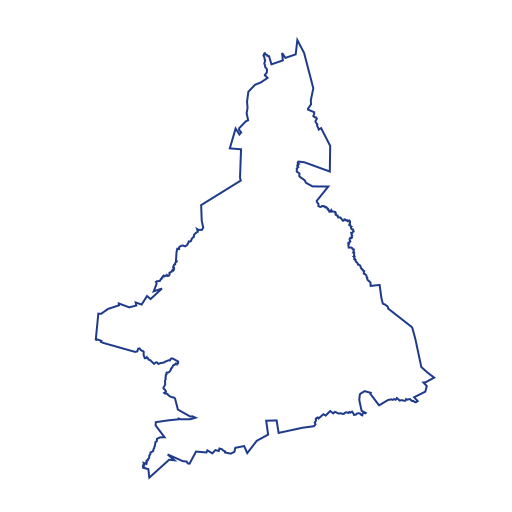 the district of San Dimas, Durango, Mexico, rotated 175°
{"feature_id": "50627088B11523678727998", "entity_name": "San Dimas", "entity_type": "district", "adm_level": 2, "iso_a3": "MEX", "parent_name": "Mexico", "parent_adm1": "Durango", "projection": "orthographic", "projection_center": [-105.745, 24.115], "detail": "fine", "context": "isolated", "style": "outline", "palette": "blue", "viewbox_px": 512, "rotation_deg": 175, "n_neighbors": 0, "source": "geoboundaries", "source_scale": "gbopen_adm2", "svg_char_len": 6049}
<svg xmlns="http://www.w3.org/2000/svg" viewBox="0 0 512 512"><g transform="rotate(175 256 256)"><path d="M107.2,171.8L128.7,191.9L129.0,192.3L128.9,193.3L129.7,194.8L131.0,195.6L131.6,196.4L133.5,197.2L133.9,197.9L134.7,202.9L135.4,216.4L144.4,216.2L144.3,219.7L146.9,222.5L147.3,223.8L147.0,224.7L147.5,225.1L147.8,227.1L148.9,228.4L150.2,229.1L149.6,231.5L150.3,231.7L150.9,233.1L151.3,233.1L151.5,233.8L152.2,234.2L153.1,237.4L154.5,238.6L155.2,238.6L155.6,240.3L156.8,241.5L157.3,242.5L157.1,243.4L158.3,244.1L157.9,244.8L158.3,245.3L158.3,246.3L158.0,246.6L158.7,247.1L158.0,247.5L158.2,248.5L157.9,250.4L158.9,251.0L158.1,252.2L158.4,252.9L158.0,254.0L159.4,254.8L159.5,255.5L160.5,256.2L162.9,256.3L163.1,258.7L162.4,259.6L163.0,260.8L161.7,261.2L161.6,262.0L160.8,262.3L161.4,264.1L161.2,264.8L160.6,265.7L159.5,265.4L158.7,266.1L159.1,266.8L158.4,268.0L158.9,268.7L159.1,270.7L158.1,270.6L157.6,271.5L156.6,272.0L157.1,274.0L158.3,274.4L158.9,275.6L158.9,276.6L158.5,276.9L159.2,277.4L159.4,278.6L160.4,278.9L159.5,280.6L159.3,281.8L159.7,283.0L160.0,283.3L161.3,282.5L162.1,283.7L163.1,283.5L163.7,284.4L164.7,284.8L165.5,283.7L166.3,283.5L168.6,287.0L170.8,287.3L171.2,289.1L172.0,289.3L173.1,290.3L173.2,290.7L172.7,291.1L173.1,292.8L173.6,292.7L174.3,293.4L176.4,293.7L176.9,294.9L177.5,293.6L177.8,293.7L177.8,294.7L179.1,293.9L179.6,295.5L180.2,295.8L180.1,296.6L180.8,296.9L180.7,297.4L181.8,298.5L182.5,298.3L182.7,299.0L183.5,299.1L183.7,299.6L185.7,300.1L186.3,299.5L187.8,299.3L189.5,300.3L189.2,302.3L190.6,304.4L190.7,305.6L178.0,318.9L193.6,320.4L199.9,324.6L200.8,327.1L205.3,330.9L206.0,332.1L205.5,333.9L205.9,334.9L207.7,336.1L208.1,337.0L207.6,339.0L207.8,339.5L206.2,340.9L207.0,341.7L207.0,342.7L206.7,342.9L206.4,342.5L206.1,342.8L206.2,344.1L205.4,344.2L206.3,345.2L205.7,346.3L204.8,346.3L199.3,345.0L175.1,333.7L172.5,359.2L180.0,377.7L182.5,376.5L182.8,378.1L183.6,379.6L183.8,381.0L183.4,381.7L185.0,384.4L185.0,385.2L183.4,387.5L184.3,389.0L185.5,389.1L186.7,390.4L185.6,392.5L185.6,394.2L191.4,397.3L191.4,398.2L188.0,402.2L187.8,406.4L184.3,418.1L190.4,454.1L196.0,467.5L198.9,453.4L209.4,450.8L212.3,455.9L212.2,448.5L223.9,445.6L225.6,453.9L227.2,454.4L227.1,454.8L227.7,455.5L229.0,456.0L229.5,457.3L229.9,457.1L230.6,456.1L230.4,455.5L231.1,454.9L230.3,453.2L230.3,451.4L229.8,450.1L231.0,446.8L230.3,445.2L230.4,443.5L229.0,441.5L228.8,440.4L229.3,437.8L231.5,435.5L231.4,435.0L230.9,434.8L229.0,432.4L236.0,428.5L242.0,426.7L249.3,420.3L251.5,410.5L251.5,404.3L252.9,399.1L252.0,391.9L254.3,391.1L261.6,384.8L261.9,383.3L260.0,380.4L261.9,378.5L265.2,384.8L272.7,365.5L261.6,363.6L265.1,335.4L264.6,332.5L306.2,311.5L307.0,295.8L306.1,288.8L307.7,286.7L311.2,287.1L312.4,288.0L311.8,285.3L314.2,284.0L315.9,282.5L316.3,280.4L317.4,279.9L318.4,278.8L319.5,276.6L320.4,276.1L321.6,276.4L323.2,273.6L324.3,272.5L325.7,271.8L328.1,272.9L329.5,272.6L331.4,271.9L331.8,271.4L332.0,269.6L333.8,270.1L334.8,266.9L336.2,257.9L335.5,257.9L335.4,257.5L336.7,256.5L337.4,255.3L337.3,254.7L338.3,254.4L339.6,252.1L339.5,251.5L338.7,251.4L338.6,251.0L339.1,249.4L339.8,249.4L339.9,248.7L340.7,249.0L341.4,247.7L342.6,247.4L343.8,246.6L343.6,245.5L344.5,244.0L345.6,243.8L346.2,244.6L346.4,244.0L347.7,244.4L349.1,243.7L349.7,244.5L350.9,243.5L351.0,242.7L351.6,242.5L352.1,241.5L352.6,241.6L354.0,239.5L356.9,239.5L357.9,238.9L357.4,237.1L361.0,229.7L352.5,231.8L364.8,222.3L368.0,225.6L374.2,217.6L379.9,220.2L379.6,217.1L386.8,215.9L396.8,220.7L396.8,218.8L408.0,216.2L415.4,211.9L418.1,212.3L422.9,186.7L422.5,186.5L422.4,187.2L417.5,185.0L418.0,184.0L415.7,182.7L384.8,171.0L382.6,171.3L381.4,174.0L379.9,174.0L379.2,172.7L378.1,171.6L376.9,171.2L376.2,170.3L376.6,167.3L375.7,163.9L374.7,163.8L373.9,164.5L373.9,164.1L372.8,163.9L372.1,162.2L370.5,161.5L367.0,157.5L364.8,158.8L364.0,158.6L362.6,157.0L360.7,157.6L356.9,157.9L356.1,158.5L352.2,159.7L350.8,159.5L349.8,161.1L349.3,161.3L347.7,161.0L342.8,157.7L343.1,155.8L343.9,155.8L344.1,155.4L344.2,155.7L345.4,155.9L346.5,154.7L347.8,154.5L349.3,152.2L350.6,151.1L350.7,150.2L352.1,148.4L353.3,147.6L355.0,147.7L355.5,147.2L355.4,145.9L356.3,145.3L356.3,143.8L356.9,142.6L356.6,141.6L357.5,139.6L357.7,135.8L359.6,133.0L359.7,132.1L358.4,130.8L357.5,129.0L357.8,128.4L359.4,127.6L358.9,127.0L357.0,126.7L356.1,126.1L355.8,125.4L353.9,123.6L351.4,122.4L350.3,122.3L349.1,121.2L347.2,109.8L335.3,101.7L333.5,101.9L330.4,100.2L335.4,99.1L345.3,99.9L346.8,100.6L346.7,100.1L358.2,99.9L370.3,99.2L370.8,96.0L362.9,83.4L367.3,83.7L370.6,82.5L371.0,80.1L372.4,79.4L373.2,75.8L373.7,75.4L374.1,73.6L375.0,72.4L375.4,70.6L378.3,69.4L378.5,67.8L379.7,66.6L380.0,64.1L381.2,63.2L381.5,62.0L382.8,61.8L382.8,60.0L383.3,59.9L383.1,59.1L383.3,58.4L386.0,59.7L385.6,57.6L386.8,57.3L386.8,56.5L386.2,55.8L386.9,55.7L386.8,54.8L381.8,53.1L381.6,44.5L360.3,60.6L355.1,59.6L361.3,66.0L346.8,58.0L343.0,57.3L342.1,55.4L340.3,54.9L332.8,66.4L322.5,64.6L321.4,66.6L316.7,63.2L313.4,66.2L310.1,65.0L309.2,67.4L306.8,66.5L305.7,65.1L303.8,64.0L304.0,63.0L298.4,61.3L294.6,62.8L293.3,66.7L284.4,67.7L281.9,60.4L271.4,71.8L259.5,77.0L260.2,91.0L249.8,90.4L248.9,77.8L225.3,80.8L213.1,81.4L211.4,83.0L212.0,85.1L210.6,86.7L210.6,88.8L208.8,89.8L208.2,89.6L207.8,88.7L202.6,92.5L200.5,91.0L195.6,95.1L192.8,92.5L190.9,93.9L187.4,91.8L185.3,92.0L183.5,91.1L182.0,91.2L181.6,91.8L179.8,92.5L177.5,91.5L176.6,92.5L175.4,91.8L173.9,92.6L172.8,90.9L172.3,89.2L170.5,89.2L169.1,90.3L167.2,90.4L165.9,89.9L164.9,88.4L164.0,88.0L163.6,89.4L162.8,90.3L161.9,90.3L160.8,89.8L160.4,90.1L164.3,92.6L165.7,103.6L164.8,108.2L164.2,109.6L159.6,111.9L153.6,109.7L154.1,108.7L146.4,96.5L137.1,101.0L133.9,101.4L132.5,100.8L130.8,101.4L129.5,100.6L128.5,101.4L128.1,102.2L126.5,100.8L125.7,99.5L123.4,99.7L120.3,98.7L119.6,99.1L118.9,100.4L117.8,99.7L115.2,100.1L113.2,97.9L112.0,98.0L110.6,96.6L109.4,96.4L107.6,97.4L110.8,101.5L99.2,106.1L97.2,111.5L100.2,115.4L97.9,115.5L89.1,119.3L95.2,124.8L101.0,131.0L104.5,159.5L106.5,170.5L107.2,171.8Z" fill="none" stroke="#1e3a8a" stroke-width="2"/></g></svg>